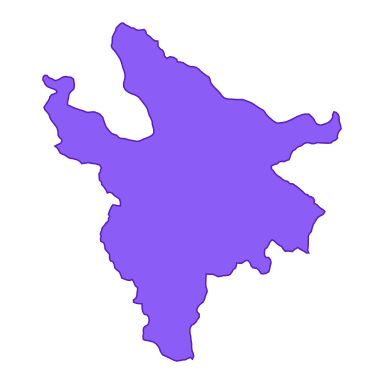 Capelinha, Minas Gerais, Brazil (Albers equal-area conic projection)
{"feature_id": "56859067B52370069341142", "entity_name": "Capelinha", "entity_type": "district", "adm_level": 2, "iso_a3": "BRA", "parent_name": "Brazil", "parent_adm1": "Minas Gerais", "projection": "albers", "projection_center": [-42.499, -17.703], "detail": "fine", "context": "isolated", "style": "filled", "palette": "violet", "viewbox_px": 384, "rotation_deg": 0, "n_neighbors": 0, "source": "geoboundaries", "source_scale": "gbopen_adm2", "svg_char_len": 5934}
<svg xmlns="http://www.w3.org/2000/svg" viewBox="0 0 384 384"><path d="M308.7,252.9L307.6,250.2L308.0,247.4L308.2,245.0L308.2,242.5L308.3,239.4L308.3,236.1L309.3,233.8L311.3,231.5L312.0,228.6L312.6,226.3L313.7,223.7L315.5,221.0L316.8,218.7L318.3,217.0L320.4,215.8L323.3,214.2L324.9,211.4L323.0,209.7L320.6,208.2L318.8,206.8L316.8,204.6L314.0,203.2L314.4,200.3L313.4,198.2L311.6,196.9L309.3,196.5L307.6,194.7L305.2,194.2L303.3,192.2L300.7,189.9L298.8,188.2L296.0,186.1L292.9,183.9L289.7,183.7L287.7,181.4L285.0,180.8L283.0,179.8L280.4,177.5L277.6,175.8L275.2,173.5L273.3,170.9L271.4,168.6L271.4,166.0L274.2,164.6L277.5,163.7L279.2,161.9L281.6,161.3L283.9,161.7L286.8,160.4L289.0,159.7L289.9,157.8L290.7,154.6L292.7,150.9L295.2,149.5L297.2,147.2L300.4,146.1L302.2,145.1L303.9,143.7L306.6,142.7L309.3,142.8L311.8,143.7L314.3,143.6L317.3,142.6L320.6,142.9L324.0,143.0L327.8,143.2L331.0,142.9L332.9,141.1L335.1,140.3L337.4,138.4L337.4,135.8L337.9,133.6L339.0,131.3L341.1,128.8L340.4,124.9L339.3,121.7L339.1,119.3L339.0,116.8L338.2,114.5L335.9,112.3L333.8,111.9L332.7,114.9L332.6,117.7L330.9,120.3L328.2,122.7L325.4,123.7L322.8,124.6L320.5,125.2L318.4,124.6L316.3,123.6L315.0,121.7L313.8,119.0L311.4,116.4L308.9,114.2L306.4,114.1L304.3,114.2L302.1,114.7L299.3,115.8L297.3,116.5L294.3,118.1L291.5,119.6L288.7,120.8L286.1,121.9L283.1,122.5L279.0,123.0L276.8,123.0L274.8,122.0L272.8,120.6L271.1,119.1L268.6,117.0L266.0,114.1L264.7,111.9L263.0,110.1L258.8,107.8L253.4,104.1L251.2,102.8L248.3,101.6L242.6,99.5L236.9,99.6L233.7,99.3L228.4,99.1L226.3,98.7L223.9,97.7L222.0,95.9L220.5,93.8L218.3,91.2L216.1,89.1L214.4,87.4L212.4,85.1L210.7,82.6L210.1,79.7L209.0,77.1L206.9,76.0L204.8,74.5L200.9,71.5L199.0,69.4L196.0,67.3L193.2,66.7L190.4,66.7L188.0,65.7L185.4,64.3L183.4,62.8L180.4,62.1L177.5,61.7L176.6,59.3L173.8,57.5L170.1,56.7L166.7,58.4L164.4,55.9L164.0,53.0L162.8,50.4L160.0,48.7L158.0,46.3L157.9,41.1L154.9,40.8L152.8,39.5L150.9,37.5L149.0,35.9L146.5,34.4L145.7,31.1L144.1,29.5L138.6,30.3L136.1,29.7L133.9,28.2L131.1,27.8L128.5,26.2L125.0,24.6L123.2,23.0L121.1,23.3L119.1,25.0L116.3,28.0L115.2,31.7L113.7,34.3L112.4,37.2L112.2,43.2L111.3,45.5L112.2,48.2L114.4,50.5L115.8,52.3L117.4,54.6L118.8,56.8L120.2,59.2L121.5,62.5L123.0,67.8L124.3,71.4L125.0,74.2L125.1,77.2L124.5,80.4L123.6,83.4L123.8,86.8L125.4,89.9L128.7,92.4L132.0,93.9L134.6,94.7L136.9,95.9L139.0,97.4L140.5,99.3L141.9,101.0L143.1,102.7L145.0,105.0L147.0,108.0L148.2,111.4L149.1,114.8L150.6,117.8L152.2,121.4L152.4,124.5L153.9,130.0L153.7,133.3L152.0,135.3L149.8,136.6L146.5,138.1L144.1,138.8L141.2,140.3L139.0,141.1L136.4,141.3L133.8,140.8L131.4,140.4L129.3,140.0L127.1,139.3L124.3,138.6L120.5,138.4L118.4,137.2L116.6,135.2L114.4,134.6L111.9,133.6L110.2,132.0L106.2,127.1L104.9,124.1L102.7,117.3L99.9,114.2L96.6,112.7L94.1,111.9L91.4,112.0L89.3,112.3L86.8,112.3L82.6,110.6L80.5,110.1L78.3,109.3L75.2,108.3L72.2,107.0L69.8,105.8L67.5,105.0L67.5,101.8L68.4,98.5L68.7,95.9L69.3,93.5L71.3,91.2L73.7,89.1L74.2,87.0L74.2,83.7L73.5,79.1L71.0,77.3L68.8,77.1L65.6,76.5L62.8,77.1L59.8,78.9L57.4,80.1L55.0,80.6L52.2,78.9L49.0,77.8L46.9,75.4L44.6,75.4L43.1,77.2L42.9,79.9L44.3,82.0L45.2,84.3L47.2,86.4L49.3,87.4L51.5,88.3L54.1,89.1L56.5,90.5L56.8,92.6L54.3,93.8L51.6,94.7L49.9,96.7L49.4,98.8L48.2,101.0L46.6,103.3L45.4,105.2L44.0,107.1L44.8,109.6L46.5,111.4L49.0,114.5L50.0,117.9L51.3,120.1L52.8,122.2L54.3,124.0L57.0,127.8L58.0,131.0L58.1,135.2L59.6,137.7L61.6,139.2L61.8,141.4L60.5,143.4L57.3,144.8L54.9,146.1L57.3,148.0L58.8,150.4L60.2,153.0L62.2,154.1L65.2,155.2L67.4,157.0L69.9,158.2L72.8,158.6L77.3,159.8L80.2,161.6L81.9,163.7L84.8,163.2L88.4,162.6L91.9,163.4L96.0,163.8L99.7,165.1L101.5,167.9L100.5,169.9L100.3,172.1L99.0,173.7L99.4,179.8L101.4,181.9L101.7,184.6L103.9,186.8L106.1,190.1L107.4,193.0L109.5,192.2L112.1,193.1L114.3,195.5L117.0,197.2L119.6,199.1L120.5,202.7L120.3,206.0L117.5,205.7L115.0,205.1L112.8,204.9L111.4,206.9L110.2,209.5L109.2,212.0L108.4,214.4L109.7,216.2L108.6,218.2L108.2,221.3L106.0,222.9L104.7,225.1L102.3,227.7L101.3,231.5L100.3,234.1L101.2,236.2L100.5,238.7L100.7,241.1L103.8,242.8L104.8,245.9L105.1,249.0L107.3,251.8L109.6,254.4L109.5,258.1L110.4,260.8L112.9,261.7L114.3,264.5L114.7,267.6L116.2,269.4L118.0,270.7L119.6,272.3L120.8,274.9L121.8,278.0L124.6,279.1L127.8,280.2L130.0,280.4L132.3,279.4L134.0,282.6L135.2,285.7L137.5,287.5L137.5,290.5L137.1,292.6L136.9,295.7L135.8,298.3L133.5,299.9L133.5,302.2L136.6,303.3L139.5,303.7L142.0,303.8L142.2,309.0L142.8,311.6L144.3,314.3L147.2,315.0L149.0,317.6L149.1,320.3L148.7,323.2L147.6,325.1L145.3,326.1L143.5,328.1L143.3,330.7L143.5,333.3L143.0,336.3L143.4,339.5L145.4,340.2L147.5,340.5L150.1,341.1L153.3,341.9L156.0,343.7L157.8,345.7L159.2,347.9L160.5,351.5L162.6,354.8L165.0,355.9L167.7,357.1L170.5,358.5L174.4,360.3L176.7,361.0L180.5,360.4L182.8,359.9L185.1,359.8L187.7,358.5L190.5,357.4L192.4,359.1L193.7,356.4L193.2,353.6L192.1,350.9L191.6,347.9L191.6,343.5L190.9,339.6L190.7,336.4L190.1,334.0L189.8,330.9L190.0,328.2L191.6,325.3L194.1,323.8L195.8,322.2L197.2,319.8L199.1,317.5L199.2,314.1L197.1,311.9L196.8,309.7L197.5,307.6L199.1,305.3L201.1,303.5L203.1,302.1L204.5,299.2L205.4,296.0L206.2,293.9L207.1,292.0L206.9,289.7L206.0,287.1L205.7,283.6L205.9,277.5L206.2,274.0L209.1,274.3L213.1,274.2L215.9,275.6L218.1,276.6L220.8,276.3L223.5,275.6L228.1,275.3L230.1,274.4L231.8,272.2L233.3,269.5L235.6,267.9L236.3,265.3L236.7,262.8L239.3,263.3L241.5,263.3L243.9,261.8L246.1,260.4L248.5,260.8L250.3,263.4L251.2,266.0L253.2,267.9L256.6,268.3L258.7,269.9L259.8,271.7L261.1,273.6L263.1,273.9L265.9,273.4L268.8,271.7L269.6,269.1L270.1,266.1L271.0,263.1L270.6,260.2L268.7,257.5L265.7,257.4L264.5,255.0L264.4,252.3L264.8,249.3L267.1,247.5L268.8,244.5L269.9,242.0L272.1,239.8L274.5,241.2L276.8,243.5L279.4,245.4L281.8,246.6L283.2,249.1L285.3,251.3L288.0,251.0L292.4,251.5L294.9,249.2L297.9,247.5L300.3,249.3L302.2,250.3L304.2,251.3L306.2,252.9L308.7,252.9Z" fill="#8b5cf6" stroke="#5b21b6" stroke-width="1.5"/></svg>